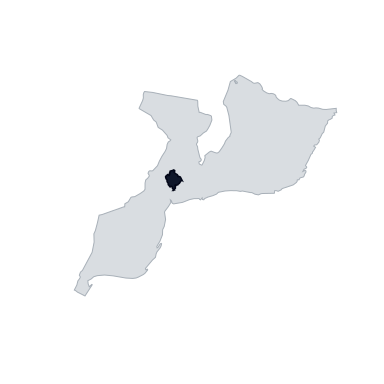 Gorongosa, Sofala, Mozambique (highlighted), rotated 29°
{"feature_id": "85939544B94652077383293", "entity_name": "Gorongosa", "entity_type": "district", "adm_level": 2, "iso_a3": "MOZ", "parent_name": "Mozambique", "parent_adm1": "Sofala", "projection": "orthographic", "projection_center": [34.322, -18.644], "detail": "fine", "context": "in_parent", "style": "filled", "palette": "ink", "viewbox_px": 384, "rotation_deg": 29, "n_neighbors": 0, "source": "geoboundaries", "source_scale": "gbopen_adm2", "svg_char_len": 6932}
<svg xmlns="http://www.w3.org/2000/svg" viewBox="0 0 384 384"><g transform="rotate(29 192 192)"><path d="M122.0,257.3L124.2,255.4L139.4,238.2L140.3,237.6L139.0,234.8L141.0,231.5L141.2,226.3L141.8,225.5L144.2,223.8L147.4,218.5L149.4,214.4L149.6,212.4L146.6,206.9L145.7,203.9L146.6,201.3L146.9,198.9L146.5,198.1L144.6,197.1L144.3,196.0L144.3,194.8L144.7,194.0L146.9,192.9L147.4,192.3L149.1,185.7L148.5,180.9L148.4,175.3L148.8,169.5L148.6,166.2L147.2,162.5L147.0,159.8L148.0,157.9L148.2,156.7L144.7,156.2L142.9,154.6L136.2,152.2L131.1,151.9L126.8,148.2L123.5,147.6L119.1,145.0L105.6,144.7L105.1,144.4L104.5,136.1L103.9,133.4L102.2,130.5L101.7,128.5L101.8,127.1L109.3,124.0L123.9,119.4L127.1,118.0L152.2,109.2L152.9,109.7L155.5,114.1L159.7,118.9L160.7,118.3L166.7,117.5L167.6,116.8L169.4,116.4L171.5,116.1L172.3,116.4L174.5,119.4L175.3,125.1L175.3,129.0L175.1,131.7L173.3,134.9L172.0,138.9L170.1,141.1L170.1,142.1L172.3,144.5L172.7,145.5L172.6,147.6L173.0,148.4L174.9,149.7L176.3,151.7L181.7,157.5L183.1,158.6L184.1,158.8L184.7,160.0L184.4,161.3L183.5,162.0L183.9,163.1L184.9,164.0L187.4,163.8L187.7,163.5L187.5,158.4L186.7,155.4L185.6,154.0L187.8,148.5L188.9,147.0L193.0,146.4L194.8,145.9L195.6,145.2L196.3,143.5L196.8,138.6L197.0,134.0L196.6,131.3L197.2,127.2L198.1,124.7L197.7,124.2L197.4,120.8L187.2,107.2L181.4,101.1L180.4,100.5L177.2,99.9L175.5,97.7L174.1,85.5L172.0,76.8L175.4,71.0L176.5,67.2L177.2,66.7L180.1,66.5L190.3,66.6L192.8,67.0L194.0,66.6L196.6,64.4L198.8,64.5L201.7,65.9L203.4,67.2L203.6,68.3L205.6,68.9L209.3,69.1L211.9,68.6L213.6,67.3L215.4,66.7L217.2,66.6L218.6,67.1L219.5,68.1L221.3,68.8L224.0,69.3L226.9,68.7L230.1,67.1L231.9,65.4L232.9,62.5L233.5,62.2L237.9,62.0L240.3,62.6L243.3,64.4L248.6,61.4L251.9,60.4L255.1,60.4L257.7,59.7L259.7,58.3L261.9,57.3L266.3,56.3L269.3,54.8L277.6,48.9L278.5,50.7L280.1,52.4L277.9,54.1L279.7,55.3L278.3,57.0L278.1,58.2L278.8,59.4L277.8,61.3L276.6,62.8L276.2,64.0L277.2,66.1L276.6,69.7L278.2,75.8L277.6,77.8L277.9,82.6L277.2,84.3L278.3,84.9L278.8,86.9L278.2,90.2L276.4,91.5L276.2,92.9L278.4,93.0L278.3,97.2L278.0,98.4L278.5,99.8L277.8,101.4L278.4,108.1L278.4,113.0L278.4,113.8L280.3,114.6L280.3,116.0L279.0,117.7L279.0,120.3L280.4,118.3L281.3,118.3L282.0,119.2L281.9,122.1L282.3,123.6L282.1,124.9L279.7,127.2L279.6,129.6L278.7,129.9L278.2,130.4L278.8,131.8L278.7,133.0L277.1,136.7L269.2,145.3L269.0,146.8L267.0,149.6L264.9,150.0L263.7,150.7L264.6,153.2L254.3,159.2L253.2,160.0L251.5,162.3L248.1,163.4L244.5,163.5L243.9,164.0L235.6,166.7L234.0,168.0L230.5,169.2L224.9,172.2L220.4,175.1L215.2,179.5L214.5,181.9L212.1,185.0L208.4,188.7L206.2,191.7L206.1,193.1L204.8,193.5L203.7,192.2L203.3,194.7L202.4,194.8L201.4,194.3L196.9,196.9L193.5,199.9L188.7,205.7L181.7,211.3L180.2,211.4L178.0,209.5L176.8,209.3L178.6,211.4L178.4,216.2L177.6,221.7L177.7,222.9L182.2,228.8L184.4,235.6L184.6,239.2L186.9,243.7L187.8,250.5L187.6,256.8L188.6,257.8L189.1,256.9L189.3,252.9L189.9,251.9L190.5,252.0L191.1,254.2L191.2,256.5L190.4,261.4L190.6,263.4L191.7,266.8L190.4,270.7L188.3,281.4L188.7,282.1L189.7,282.4L190.1,281.2L190.7,281.2L191.0,281.9L190.2,286.1L189.3,288.0L186.3,292.5L184.7,294.4L182.1,296.3L175.9,299.3L163.6,303.6L155.8,307.0L149.7,311.1L147.1,313.8L146.0,316.9L143.9,320.1L145.8,322.8L148.1,324.7L149.1,321.5L149.7,321.5L148.8,334.8L140.4,335.1L138.0,334.7L136.6,334.8L136.4,329.2L135.3,325.1L135.7,322.1L135.6,320.5L133.8,319.4L133.3,316.2L134.2,313.7L133.9,293.2L130.7,283.3L126.5,276.2L126.2,272.6L124.2,264.7L122.0,257.3ZM177.6,76.0L178.7,75.4L178.8,74.4L178.1,73.9L177.5,74.0L177.2,75.6L177.6,76.0ZM176.9,74.1L176.0,73.4L175.4,73.6L175.2,74.2L175.8,75.0L176.5,75.0L176.9,74.1Z" fill="#d9dde1" stroke="#a8b0b8" stroke-width="1"/><path d="M177.8,186.7L174.7,184.6L174.1,184.5L173.9,184.5L173.6,184.7L173.1,184.7L172.8,184.8L172.5,185.0L172.4,185.3L172.2,185.3L172.2,185.1L172.0,184.7L171.8,184.6L171.7,184.5L171.5,184.4L171.4,184.3L171.0,184.4L170.8,184.1L170.6,183.9L170.4,183.9L170.2,184.0L169.7,183.9L169.4,184.0L169.0,183.9L168.6,183.9L168.2,184.0L167.9,183.9L167.7,183.7L167.2,183.2L167.0,183.3L167.0,183.2L166.9,183.0L166.8,182.9L166.8,182.7L166.7,182.7L166.8,182.4L166.5,182.2L166.5,181.9L166.4,181.9L166.5,181.7L166.4,181.6L166.2,181.5L165.9,181.7L165.7,181.7L165.2,181.6L165.0,181.8L164.8,182.1L164.7,182.3L164.4,183.1L164.2,183.2L163.9,183.2L163.7,183.4L163.4,183.6L163.3,183.9L163.2,184.1L162.9,184.2L162.8,184.3L162.7,184.4L162.7,184.5L162.8,184.6L163.0,184.5L163.1,184.8L163.1,185.0L163.1,185.3L163.1,185.5L163.1,185.8L163.2,186.0L163.3,186.0L163.2,186.2L163.3,186.4L163.2,186.5L163.3,186.8L163.5,186.7L163.7,186.8L163.6,187.1L163.7,187.3L163.8,187.5L163.7,187.6L163.8,187.7L163.8,187.8L163.8,188.1L163.9,188.3L164.0,188.3L164.1,188.5L163.9,188.6L163.9,188.4L163.8,188.5L163.6,188.3L163.2,188.5L162.9,188.6L162.6,188.6L162.3,188.5L162.2,188.6L162.3,188.9L162.2,189.1L162.2,189.3L162.2,189.9L161.6,190.0L161.6,190.8L161.5,191.0L161.4,191.2L161.4,191.3L161.6,191.7L161.7,191.8L161.8,191.9L161.9,192.0L161.9,191.9L162.0,191.9L162.2,192.0L162.3,192.1L162.4,192.3L162.5,192.3L162.8,192.5L162.8,192.8L163.0,192.9L163.1,193.0L163.3,193.2L163.5,193.2L163.8,193.2L164.0,193.2L164.3,193.3L164.4,193.7L164.5,193.7L164.7,194.0L164.7,194.3L164.8,194.5L165.0,194.7L165.1,194.8L165.2,195.0L165.3,195.0L165.6,195.2L165.8,195.4L166.0,195.5L166.3,195.7L166.5,195.7L166.8,195.8L167.1,196.1L167.3,196.3L167.4,196.8L167.5,196.9L167.7,197.0L167.9,197.2L168.0,197.2L168.1,197.3L168.3,197.2L168.4,197.3L168.6,197.3L168.8,197.4L169.0,197.4L169.1,197.5L169.3,197.6L169.4,197.8L169.5,197.8L169.7,198.0L169.8,198.0L170.1,198.2L170.3,198.2L170.5,198.1L170.4,197.8L170.5,197.7L170.7,197.4L170.8,197.3L170.9,197.2L171.0,197.1L171.3,197.0L171.5,197.0L171.7,196.9L171.8,196.9L172.1,196.9L172.2,197.0L172.3,197.1L172.4,197.3L172.5,197.4L172.6,197.6L172.6,197.8L172.9,197.9L173.1,198.1L173.2,198.3L173.3,198.3L173.4,198.2L173.6,198.2L173.8,198.3L173.9,198.5L174.0,198.6L174.2,198.9L174.3,199.0L174.5,199.2L174.8,199.3L174.9,199.5L174.8,199.8L175.0,199.7L175.2,199.4L175.3,199.2L175.2,198.9L175.1,198.7L175.3,198.6L175.2,198.5L175.1,198.4L175.3,198.4L175.2,198.3L175.1,198.2L175.2,197.9L175.3,197.8L175.2,197.7L175.2,197.4L175.3,197.5L175.4,197.3L175.2,197.3L175.2,197.2L175.3,197.1L175.5,196.9L175.5,196.7L175.4,196.6L175.1,196.2L175.2,195.9L175.2,195.7L175.1,195.4L174.8,195.4L174.7,195.3L174.3,194.9L174.1,194.7L173.9,194.6L173.9,194.2L174.1,194.1L174.1,193.9L174.2,193.7L174.3,193.7L174.5,193.7L174.5,193.8L174.8,193.8L175.0,193.7L175.1,193.3L175.2,193.2L175.3,193.2L175.5,193.0L175.8,192.9L176.1,192.7L176.1,192.4L176.1,192.2L176.2,191.5L176.3,191.4L176.3,191.2L176.5,191.0L176.6,190.9L176.6,190.6L176.7,190.4L176.8,190.3L176.7,190.0L176.7,189.9L176.7,189.6L176.8,189.4L176.8,189.2L176.9,188.8L176.9,188.6L176.9,188.3L176.8,188.2L177.0,187.8L177.0,187.6L177.2,187.3L177.3,187.2L177.4,186.9L177.5,186.8L177.6,186.7L177.8,186.7L177.8,186.7Z" fill="#0f172a" stroke="#020617" stroke-width="1.5"/></g></svg>